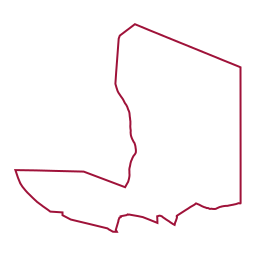 outline of General San Martín, La Rioja, Argentina
{"feature_id": "61730980B53159304456053", "entity_name": "General San Martín", "entity_type": "district", "adm_level": 2, "iso_a3": "ARG", "parent_name": "Argentina", "parent_adm1": "La Rioja", "projection": "natural_earth1", "projection_center": [-66.186, -31.6], "detail": "fine", "context": "isolated", "style": "outline", "palette": "rose", "viewbox_px": 256, "rotation_deg": 0, "n_neighbors": 0, "source": "geoboundaries", "source_scale": "gbopen_adm2", "svg_char_len": 3705}
<svg xmlns="http://www.w3.org/2000/svg" viewBox="0 0 256 256"><path d="M134.9,24.2L119.8,35.6L118.7,38.6L116.1,73.2L115.4,83.8L115.7,84.9L116.0,85.9L116.3,87.0L116.6,88.0L117.0,89.1L117.3,90.2L117.7,91.2L118.2,92.2L118.7,93.1L119.4,94.1L120.0,95.0L120.6,95.9L121.2,96.8L121.9,97.7L122.5,98.6L123.1,99.5L123.6,100.5L124.1,101.5L124.6,102.5L125.1,103.4L125.8,104.3L126.4,105.2L126.9,106.2L127.4,107.2L127.7,108.2L128.1,109.3L128.5,110.3L129.0,111.3L129.3,112.4L129.5,113.5L129.6,114.6L129.7,115.7L129.8,116.8L130.0,117.9L130.1,119.0L130.2,120.1L130.4,121.2L130.4,122.3L130.4,123.5L130.4,124.6L130.3,125.7L130.3,126.8L130.4,127.9L130.5,129.0L130.7,130.1L130.7,131.2L130.6,132.4L130.7,133.5L130.8,134.6L131.0,135.7L131.3,136.7L131.7,137.8L132.1,138.8L132.6,139.8L133.1,140.8L133.6,141.8L134.3,142.7L134.7,143.7L135.0,144.7L135.3,145.8L135.5,146.9L135.6,148.0L135.8,149.1L135.9,150.2L135.9,151.4L135.8,152.5L135.4,153.4L134.8,154.4L134.1,155.2L133.4,156.1L132.9,157.1L132.4,158.1L132.0,159.1L131.6,160.1L131.1,161.1L130.8,162.2L130.5,163.3L130.3,164.4L130.1,165.5L129.9,166.5L129.6,167.6L129.4,168.7L129.3,169.8L129.4,171.0L129.4,172.1L129.4,173.2L129.5,174.3L129.5,175.4L129.4,176.5L129.2,177.6L129.0,178.7L128.7,179.8L128.4,180.9L128.1,181.9L127.5,182.9L127.0,183.8L126.4,184.8L125.9,185.8L125.1,187.2L83.7,171.6L54.7,170.9L43.9,170.6L36.1,170.4L15.4,170.1L18.0,177.8L19.9,182.4L20.2,183.2L20.3,183.2L20.7,184.0L20.9,184.3L22.1,186.2L22.5,186.8L25.6,190.6L27.5,192.7L32.5,197.6L34.7,199.7L35.7,200.6L37.3,202.1L37.9,202.5L39.6,203.8L41.8,205.4L42.5,206.0L48.2,210.0L50.3,211.6L62.5,212.4L62.5,215.2L70.7,219.5L75.6,220.7L88.2,223.7L107.5,228.4L109.4,229.8L109.6,229.8L112.9,231.7L115.5,231.8L116.9,231.8L116.1,230.3L115.8,229.9L118.4,221.1L118.4,220.5L118.6,219.9L118.7,219.5L119.0,218.9L119.4,217.7L120.7,217.2L120.6,216.3L122.0,216.0L126.7,215.1L127.6,214.4L127.9,214.5L128.2,214.6L128.6,214.7L129.0,214.5L131.1,214.9L138.0,216.1L142.8,217.1L148.2,219.2L157.4,222.9L157.4,221.7L157.3,218.8L157.2,216.3L157.7,216.2L158.2,216.0L158.5,215.9L158.9,215.8L159.3,215.7L159.8,215.7L160.3,215.8L160.8,215.9L161.2,216.1L162.0,216.4L162.1,216.5L162.4,216.8L162.5,216.9L162.8,217.2L163.0,217.3L163.3,217.5L163.5,217.7L163.7,217.8L164.0,218.0L164.4,218.3L164.8,218.5L165.2,218.8L165.5,219.1L165.9,219.3L166.3,219.6L168.2,220.8L169.6,221.7L169.7,221.8L169.8,221.9L170.0,222.1L170.3,222.3L170.5,222.4L170.7,222.5L170.9,222.7L171.1,222.8L171.3,222.9L171.5,223.1L171.8,223.2L172.0,223.4L172.3,223.6L172.6,223.8L172.9,224.0L173.2,224.1L173.5,224.3L174.0,224.6L174.6,224.9L174.8,224.2L175.0,223.1L175.2,222.3L175.3,222.1L175.5,221.8L175.6,221.7L175.7,221.3L175.8,221.1L176.0,220.6L176.1,220.1L176.3,219.7L176.4,219.2L176.5,219.0L176.7,218.5L176.8,218.0L176.9,217.5L177.0,217.1L177.0,216.9L176.7,216.3L176.8,215.8L186.1,209.8L187.9,208.7L190.4,207.0L192.0,206.1L193.4,205.3L194.6,204.6L195.6,203.7L196.0,203.4L199.2,204.7L202.0,206.2L204.1,207.1L205.2,207.4L206.9,208.1L207.9,208.0L209.6,208.8L209.9,208.9L211.6,208.7L212.3,208.9L212.6,208.9L214.2,209.0L215.5,208.9L215.9,208.8L217.9,207.8L218.3,207.7L218.8,207.4L220.1,206.9L220.6,206.8L221.2,206.7L222.0,206.4L222.9,206.3L223.7,206.1L224.6,206.0L225.6,205.9L226.1,205.9L226.9,205.9L227.6,205.8L228.2,205.7L228.9,205.5L230.5,205.2L232.5,204.8L232.9,204.8L233.1,204.7L233.5,204.6L234.0,204.5L234.9,204.3L235.5,204.2L235.9,204.1L236.2,204.0L236.7,203.8L237.2,203.7L237.6,203.5L237.9,203.4L238.2,203.3L238.4,203.2L238.5,203.2L238.8,203.2L239.1,203.3L239.5,203.3L239.9,203.3L240.2,203.3L240.4,203.3L240.5,203.3L240.6,203.1L240.6,165.3L240.6,164.1L240.5,67.3L238.4,66.4L223.3,60.3L204.7,52.7L178.1,41.9L149.4,30.2L134.9,24.2Z" fill="none" stroke="#9f1239" stroke-width="2"/></svg>